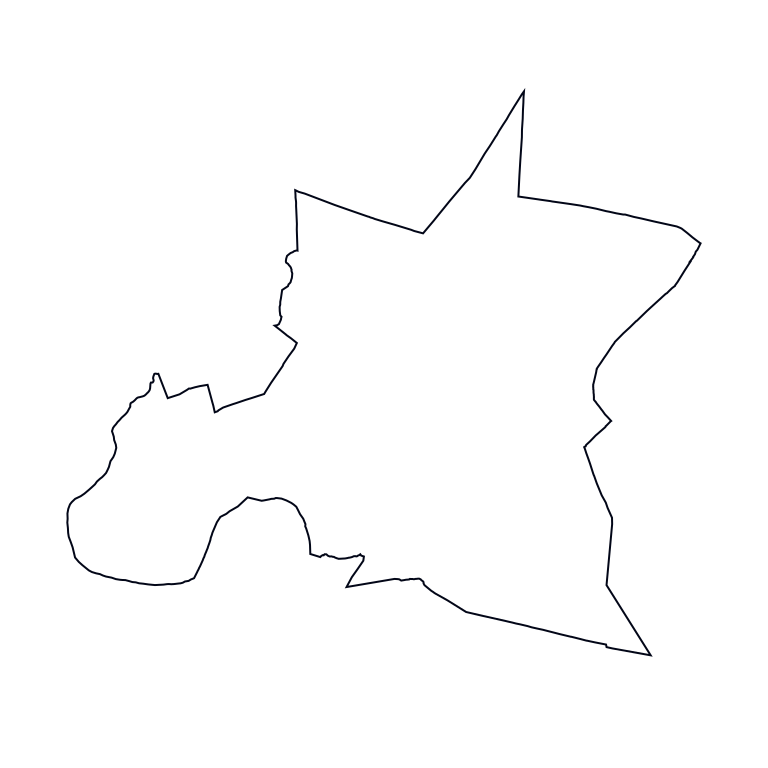 Chiapilla, Chiapas, Mexico, rotated 357°
{"feature_id": "50627088B22333241829415", "entity_name": "Chiapilla", "entity_type": "district", "adm_level": 2, "iso_a3": "MEX", "parent_name": "Mexico", "parent_adm1": "Chiapas", "projection": "orthographic", "projection_center": [-92.734, 16.558], "detail": "fine", "context": "isolated", "style": "outline", "palette": "ink", "viewbox_px": 768, "rotation_deg": 357, "n_neighbors": 0, "source": "geoboundaries", "source_scale": "gbopen_adm2", "svg_char_len": 6122}
<svg xmlns="http://www.w3.org/2000/svg" viewBox="0 0 768 768"><g transform="rotate(357 384 384)"><path d="M707.5,260.1L706.7,259.6L702.9,256.4L699.6,253.6L694.9,249.2L689.4,244.4L688.0,243.6L684.6,242.0L666.1,236.9L664.6,236.5L661.4,235.6L649.7,232.2L645.2,231.0L642.2,230.2L633.7,227.4L631.8,227.3L624.9,225.7L618.1,223.8L614.8,223.0L605.3,220.1L597.5,218.1L592.0,216.8L589.5,216.1L579.8,214.1L565.0,211.2L562.4,210.7L561.8,210.6L559.9,210.1L550.1,208.2L547.7,207.7L528.0,203.8L530.1,183.3L531.7,169.0L534.6,144.9L535.1,137.3L536.4,126.4L537.1,117.9L537.9,110.5L538.4,104.5L539.1,99.1L536.8,102.0L532.7,107.9L529.0,113.1L522.9,122.0L520.4,126.0L516.7,131.0L512.0,137.6L509.4,141.8L508.8,142.4L502.2,151.8L496.7,159.1L486.6,174.2L480.5,182.6L475.4,187.4L458.7,205.2L452.5,212.1L447.6,217.5L443.2,222.4L442.7,223.0L436.6,229.5L430.9,235.6L422.2,232.8L419.1,231.4L403.4,225.7L391.2,221.5L384.3,219.0L383.9,218.9L382.4,218.2L381.8,217.9L380.4,217.4L379.2,217.0L377.9,216.3L376.6,215.9L359.4,208.9L344.3,202.7L314.8,189.7L309.0,187.7L305.5,185.8L305.5,191.1L305.4,193.2L305.7,196.9L305.7,198.7L305.5,201.6L305.5,205.5L305.4,219.6L305.0,225.0L304.6,246.2L304.1,246.0L301.3,246.6L299.7,247.6L297.6,248.3L295.3,249.9L293.9,251.0L292.9,253.7L292.4,256.2L292.6,257.6L294.5,259.1L295.4,260.5L296.5,261.8L297.1,263.0L297.7,265.2L297.5,266.1L298.2,268.8L297.8,271.7L297.5,273.4L296.8,275.1L296.0,277.5L295.2,278.4L293.9,279.5L293.2,281.3L287.2,284.8L285.5,293.3L284.7,296.5L284.5,299.4L283.8,301.5L283.7,305.7L284.0,310.0L285.2,311.6L284.9,312.2L284.4,314.4L282.2,318.7L280.3,319.7L277.9,320.0L288.8,329.6L289.1,330.0L293.4,333.4L299.1,338.5L296.2,344.0L290.1,351.4L284.7,358.6L283.7,360.8L271.3,376.9L265.3,385.4L263.8,387.7L250.7,391.2L245.1,392.6L235.2,395.4L232.1,396.2L222.1,399.1L217.2,401.7L216.5,402.5L213.5,403.4L212.4,396.7L211.7,393.7L207.8,375.6L199.9,376.5L194.9,377.4L190.2,378.5L189.0,378.3L186.9,379.6L179.3,383.6L167.3,386.8L159.2,362.0L158.0,362.1L157.1,361.8L155.9,361.7L155.2,361.9L154.1,364.4L153.9,365.2L153.7,366.1L154.1,368.0L154.1,368.7L153.8,369.5L153.0,370.4L152.1,370.4L151.3,370.4L150.8,371.4L150.2,376.1L149.7,377.7L148.9,378.9L147.9,380.0L146.8,380.9L145.9,381.8L144.2,383.1L142.5,383.7L139.0,384.4L138.0,384.5L137.1,384.8L136.3,385.3L135.4,386.1L134.5,387.0L133.4,387.9L132.3,388.7L130.6,389.5L129.9,390.1L129.5,391.6L129.4,393.5L128.2,395.3L126.4,398.3L125.1,399.8L123.7,401.1L120.2,403.9L117.9,406.3L116.0,408.0L114.2,410.2L112.4,412.0L111.1,413.7L110.3,415.8L109.9,416.9L110.6,419.4L111.4,422.5L111.6,425.9L113.0,430.4L113.3,433.8L111.5,439.5L109.8,442.9L106.8,446.8L105.0,452.4L103.5,455.3L101.8,458.3L99.6,460.5L97.6,462.3L95.4,463.8L92.2,466.4L90.1,469.1L87.8,471.0L83.7,474.3L79.1,477.8L75.2,480.2L69.6,482.5L66.0,485.6L64.1,487.8L62.2,492.1L61.1,496.7L61.0,502.1L60.5,505.8L60.8,511.3L60.8,516.2L61.2,520.1L62.9,525.4L64.5,530.8L66.4,541.1L69.9,545.7L73.2,549.0L76.4,551.9L79.5,554.7L82.5,556.5L86.6,558.0L90.4,559.0L93.2,560.5L96.2,561.7L101.8,563.1L106.0,564.8L110.2,565.7L112.3,566.0L115.5,566.3L119.2,567.5L122.3,568.6L125.8,569.1L129.0,570.2L133.0,570.8L135.5,571.3L138.1,571.8L141.4,572.3L144.7,572.8L150.0,572.8L153.3,572.8L156.9,572.5L158.7,572.5L161.1,572.8L163.4,572.8L165.3,572.7L168.3,572.5L170.4,572.4L172.7,571.9L174.9,570.8L178.6,570.4L180.9,569.1L183.9,568.1L184.2,567.9L187.6,562.0L188.1,561.0L189.1,559.4L189.7,558.1L190.7,556.5L193.8,550.5L194.5,548.8L195.5,547.1L196.0,545.6L196.8,543.9L197.7,542.1L198.4,540.5L199.3,538.7L199.8,537.2L201.4,533.4L202.4,530.8L203.0,528.4L204.1,525.8L204.9,523.5L209.9,513.3L213.7,508.1L219.8,505.4L223.1,503.0L231.6,498.7L241.9,490.1L255.7,494.2L257.8,494.0L263.5,493.2L265.5,492.8L268.3,492.8L270.0,492.2L271.2,492.3L272.9,492.6L275.7,493.1L280.5,495.2L282.6,496.4L285.2,497.9L287.4,499.6L290.0,502.0L291.5,505.3L293.4,509.7L296.3,514.3L297.3,517.3L298.2,519.8L297.9,522.1L298.7,524.1L300.5,531.1L300.9,533.3L301.5,536.9L301.6,538.7L301.7,540.9L301.5,549.9L311.3,553.5L312.3,552.5L313.2,552.0L314.2,551.6L314.8,551.9L315.8,550.9L317.6,551.1L318.9,552.5L320.7,553.4L322.6,553.4L323.8,553.9L324.9,554.0L326.1,554.8L327.9,555.6L328.8,555.9L329.5,556.2L336.0,556.2L338.4,555.9L339.8,555.6L340.6,555.6L342.8,555.2L344.9,554.4L346.3,554.4L347.2,554.7L348.1,554.6L348.8,554.1L350.5,553.5L351.4,552.8L352.3,554.2L354.9,555.2L354.1,559.4L347.9,567.5L341.8,575.2L336.0,584.8L384.3,579.2L387.8,579.6L389.1,579.9L390.9,581.2L393.7,580.9L395.8,580.6L397.0,580.6L398.9,580.5L399.6,580.0L401.2,580.2L402.3,580.2L403.2,580.5L404.3,580.5L404.9,580.3L406.6,580.3L407.4,580.2L408.8,580.2L410.4,581.0L411.0,581.8L412.9,583.4L413.1,584.3L413.1,585.3L413.9,587.0L420.4,593.0L422.1,594.2L423.4,595.3L424.7,596.2L436.1,603.4L454.1,616.0L471.4,621.0L471.9,621.1L492.9,627.0L495.6,627.8L499.5,628.9L503.3,630.1L507.2,631.1L514.8,633.3L518.7,634.7L524.4,636.3L530.0,637.8L534.1,639.1L540.2,641.0L546.2,642.9L557.4,646.2L557.7,646.2L560.7,647.1L567.2,649.1L572.8,650.9L573.1,650.9L581.3,653.1L592.1,655.8L592.5,658.4L598.2,660.0L636.1,668.9L595.7,596.5L604.5,535.9L604.7,529.5L600.8,519.4L599.3,514.1L595.6,506.6L591.3,494.4L589.0,486.6L588.8,486.3L588.2,484.3L585.6,474.4L583.9,468.6L582.4,463.7L581.2,459.2L580.6,457.5L580.8,457.2L582.1,456.8L582.7,455.4L586.7,452.1L592.9,446.3L593.2,446.1L593.6,445.8L602.8,438.6L603.2,437.7L603.5,437.6L608.4,433.1L608.9,432.8L605.8,429.0L603.1,425.9L600.5,421.8L600.0,421.2L597.5,417.4L597.4,417.3L595.8,415.1L595.0,413.9L594.4,412.8L594.2,412.7L592.9,410.9L592.8,410.4L592.9,408.3L593.0,408.1L592.9,406.6L593.0,406.0L592.8,403.7L592.9,400.8L592.7,400.4L592.8,398.8L592.8,397.9L592.7,397.8L592.9,396.2L592.8,395.9L593.7,393.0L596.5,383.3L597.0,380.9L597.3,380.4L597.2,380.1L597.9,379.0L599.5,376.9L601.6,374.2L605.0,369.6L607.9,365.9L613.9,357.8L615.9,355.4L616.8,354.0L621.0,350.2L625.8,345.8L632.7,340.1L639.1,334.4L639.8,334.1L650.2,325.0L654.3,321.6L665.3,312.6L666.6,311.5L669.9,308.8L671.3,308.1L673.6,306.0L676.7,303.3L679.8,301.2L679.9,300.7L682.5,297.5L690.2,286.4L696.4,277.9L695.9,277.8L699.4,273.7L699.3,273.3L701.3,270.7L702.3,268.1L704.0,266.4L707.5,260.1Z" fill="none" stroke="#020617" stroke-width="2"/></g></svg>